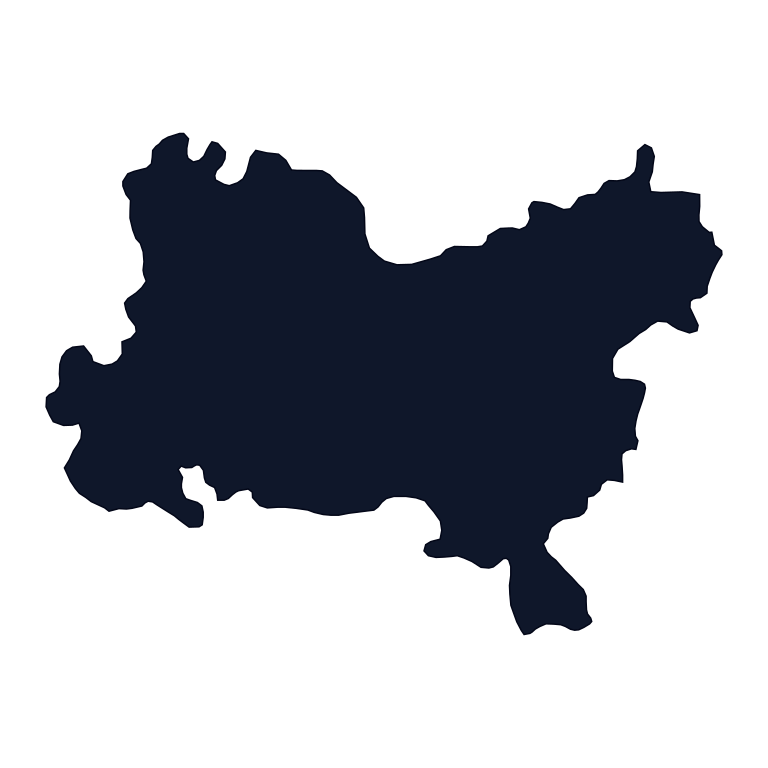 the district of Rahachow, Gomel, Belarus
{"feature_id": "67162791B93010244041694", "entity_name": "Rahachow", "entity_type": "district", "adm_level": 2, "iso_a3": "BLR", "parent_name": "Belarus", "parent_adm1": "Gomel", "projection": "albers", "projection_center": [30.185, 53.104], "detail": "fine", "context": "isolated", "style": "filled", "palette": "ink", "viewbox_px": 768, "rotation_deg": 0, "n_neighbors": 0, "source": "geoboundaries", "source_scale": "gbopen_adm2", "svg_char_len": 4636}
<svg xmlns="http://www.w3.org/2000/svg" viewBox="0 0 768 768"><path d="M524.4,634.4L529.9,633.4L532.0,632.1L535.4,629.0L539.8,626.5L546.0,623.8L553.9,624.1L560.8,624.7L565.3,626.4L570.4,629.2L574.6,630.2L578.7,629.8L583.8,627.4L589.6,623.9L591.7,621.5L590.7,618.1L587.5,614.0L586.5,609.9L586.1,601.6L586.1,596.1L583.3,589.6L578.1,584.5L571.9,577.6L564.7,570.5L555.7,560.2L551.3,556.8L547.1,552.3L543.3,543.8L545.0,541.7L547.8,538.3L548.4,533.8L551.2,527.3L557.7,522.1L563.1,519.0L570.3,518.0L578.9,516.2L583.7,513.1L586.7,508.3L587.1,502.8L587.4,497.0L593.5,495.6L599.7,490.1L601.4,484.3L607.2,479.8L614.4,480.4L622.6,482.1L622.6,475.0L622.0,465.5L621.5,459.7L622.0,453.9L625.7,450.7L631.5,448.8L635.9,449.4L637.9,440.7L635.4,436.2L634.8,428.4L636.0,420.9L637.7,414.0L639.2,409.8L641.3,403.7L643.1,398.3L644.5,392.9L645.4,388.1L644.5,384.2L640.3,381.5L635.1,380.3L629.1,379.5L620.7,379.5L614.4,377.4L612.3,371.1L612.5,358.5L617.9,349.2L629.8,341.6L639.1,333.5L645.7,329.5L650.7,325.0L657.6,321.1L666.9,321.9L672.9,326.1L678.1,329.1L689.5,332.9L697.0,330.7L698.1,325.3L694.8,318.1L689.9,307.7L690.2,301.4L692.9,299.0L696.5,298.0L700.4,297.7L706.9,293.2L707.2,286.3L709.8,278.5L712.2,272.2L715.7,264.9L718.4,260.1L721.9,254.7L721.6,250.8L718.6,248.4L714.4,245.2L711.9,232.6L711.8,232.2L709.2,232.4L702.3,226.7L699.0,221.5L698.9,215.0L699.7,206.4L699.6,194.6L682.1,191.9L661.0,192.5L650.8,191.7L648.8,182.0L652.3,171.8L653.1,164.1L654.3,156.4L651.4,147.9L644.9,144.6L637.6,150.8L637.6,151.0L637.3,158.9L636.5,166.6L634.9,171.9L630.0,176.8L624.4,179.7L617.1,180.9L609.0,180.6L604.1,183.4L600.9,188.3L598.0,192.0L595.2,194.4L587.5,194.9L579.0,197.7L574.9,203.5L570.5,208.8L563.6,209.6L557.5,207.2L550.2,204.0L542.0,202.4L533.9,201.6L531.9,202.8L528.6,208.9L530.3,218.2L528.3,223.1L525.9,226.8L519.4,229.7L512.4,228.0L508.4,228.1L500.3,228.5L488.1,235.8L486.9,241.1L482.4,246.0L477.5,246.8L469.4,246.8L454.4,246.5L446.2,249.7L440.5,255.8L430.4,259.1L420.2,262.0L411.7,264.4L397.0,264.8L384.4,261.1L377.9,256.3L369.4,248.1L364.9,233.9L364.5,217.6L363.7,207.9L356.4,197.3L336.9,182.7L329.6,175.0L322.3,170.9L316.6,170.5L307.7,170.5L296.7,170.4L291.5,170.0L285.8,160.3L278.5,154.2L266.7,152.9L255.8,150.4L250.5,157.3L248.4,165.4L246.8,171.5L243.1,178.8L237.4,182.9L236.6,183.1L229.3,185.7L224.0,184.4L215.5,179.9L214.7,175.5L216.4,170.6L221.7,165.3L224.9,158.9L225.4,152.0L217.7,143.4L212.0,141.8L210.0,144.6L207.1,149.5L203.8,156.3L199.4,160.4L193.3,162.0L188.0,158.3L186.8,154.2L186.8,148.2L188.5,138.8L183.7,133.5L179.6,133.5L168.2,137.1L162.5,140.3L159.3,144.0L156.0,146.4L152.7,150.4L152.3,157.3L151.4,163.8L146.6,168.2L141.7,169.4L134.0,171.4L127.8,173.8L122.9,181.5L122.9,186.0L126.1,194.5L130.5,200.2L130.1,210.8L130.0,218.1L132.8,229.9L136.0,238.5L140.4,243.4L143.2,251.9L144.0,261.7L143.1,270.2L143.9,274.7L146.3,281.2L141.8,287.7L136.1,293.0L127.9,298.6L124.6,303.1L125.8,309.2L128.6,317.0L135.5,326.0L136.3,332.1L131.0,338.2L122.0,341.8L122.3,354.0L117.4,360.9L112.1,364.1L103.9,365.7L92.9,361.6L91.3,355.8L83.6,346.0L72.6,347.2L68.1,349.8L66.5,350.8L62.0,356.9L59.9,364.2L59.4,374.0L60.1,381.3L59.3,386.6L55.2,391.9L49.4,394.7L46.6,397.5L46.1,406.9L49.7,415.1L53.3,421.7L63.5,425.4L72.5,425.1L79.0,423.1L81.8,430.8L81.0,438.6L77.6,444.7L73.5,450.8L69.4,459.8L64.4,467.9L68.0,475.7L70.4,481.0L75.3,488.4L79.4,493.3L85.9,497.5L91.2,501.6L104.6,507.8L109.0,511.2L118.9,508.6L126.5,509.0L132.0,508.3L141.9,506.0L145.0,502.9L148.1,501.2L152.6,501.9L156.7,504.7L167.6,511.6L174.4,515.8L178.5,519.2L183.0,522.6L189.1,527.1L199.1,526.8L202.2,524.8L203.2,517.3L203.2,512.1L201.9,505.9L197.4,502.5L190.6,500.4L185.8,498.7L182.8,493.2L181.4,487.7L181.4,483.9L182.5,477.4L178.1,469.5L181.2,466.1L185.6,467.8L191.8,467.5L194.5,465.8L196.6,464.8L199.7,465.2L203.4,470.3L204.4,477.9L205.8,482.3L209.5,485.1L214.6,487.5L217.0,494.0L217.7,500.2L224.2,500.2L228.3,498.5L232.4,494.7L235.9,492.0L238.6,490.7L248.2,489.0L252.3,492.1L252.6,497.6L259.8,505.5L267.3,507.9L277.6,507.2L285.2,507.2L296.1,508.3L307.8,510.0L314.3,512.4L323.2,514.5L331.1,515.2L338.6,515.2L348.9,513.2L357.8,512.1L365.7,511.1L373.9,510.1L378.0,507.0L381.8,502.2L386.3,498.5L393.8,496.4L406.1,496.4L416.1,497.8L425.0,500.8L428.4,505.3L433.9,511.8L440.4,521.0L441.8,530.3L440.1,539.2L434.6,540.6L430.8,541.6L425.7,544.7L424.0,550.9L428.4,555.7L436.0,557.4L444.6,557.0L451.8,556.4L457.3,555.7L464.1,558.0L472.0,561.5L481.0,567.3L488.9,568.0L493.3,566.9L498.5,562.8L503.2,558.7L506.3,558.3L508.7,560.0L510.8,566.5L510.8,575.4L509.5,585.4L509.9,594.3L510.9,605.3L513.7,613.2L516.8,621.8L521.3,630.4L524.1,634.5L524.4,634.4Z" fill="#0f172a" stroke="#020617" stroke-width="1.5"/></svg>